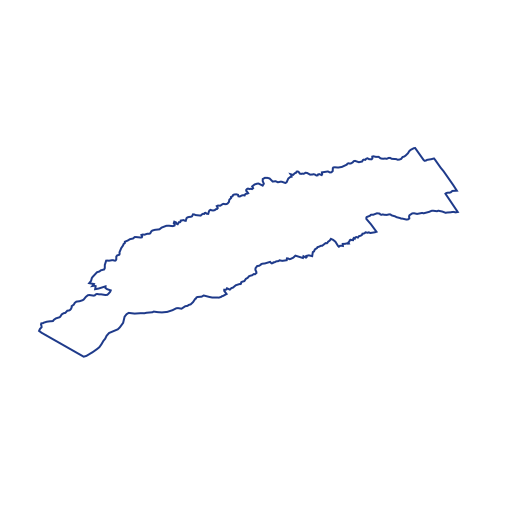 outline of Gatundu North, Central, Kenya, rotated 299°
{"feature_id": "3690345B74397299237573", "entity_name": "Gatundu North", "entity_type": "district", "adm_level": 2, "iso_a3": "KEN", "parent_name": "Kenya", "parent_adm1": "Central", "projection": "equal_earth", "projection_center": [36.831, -0.916], "detail": "fine", "context": "isolated", "style": "outline", "palette": "blue", "viewbox_px": 512, "rotation_deg": 299, "n_neighbors": 0, "source": "geoboundaries", "source_scale": "gbopen_adm2", "svg_char_len": 6151}
<svg xmlns="http://www.w3.org/2000/svg" viewBox="0 0 512 512"><g transform="rotate(299 256 256)"><path d="M179.3,127.2L174.9,128.1L172.1,129.6L170.6,129.7L168.2,127.2L166.6,126.6L164.7,124.8L158.3,123.2L157.1,123.1L154.3,123.8L151.4,123.3L152.9,127.8L151.8,127.8L150.5,127.5L151.7,129.1L151.9,130.4L149.0,131.4L151.2,134.1L156.5,139.1L155.0,139.9L154.8,141.8L155.5,145.6L154.0,145.8L151.6,145.3L150.0,144.8L148.9,143.3L147.5,139.4L146.3,137.1L145.7,135.3L144.6,134.4L143.4,134.1L142.6,133.2L141.1,129.2L140.2,128.0L137.8,127.0L134.4,126.4L133.3,125.8L131.0,123.7L129.0,121.0L127.1,120.2L125.1,120.2L122.8,119.1L121.6,119.7L119.8,119.8L118.6,119.5L117.6,118.8L116.7,117.5L113.8,116.8L112.7,115.5L110.8,114.4L107.9,114.2L107.1,113.8L104.5,111.3L102.1,110.1L100.8,110.0L100.0,109.1L99.2,107.7L97.1,104.9L94.8,102.7L94.0,102.3L93.0,100.9L91.8,101.2L90.7,102.4L89.7,103.0L87.4,102.4L85.3,102.6L84.9,105.8L84.4,154.1L86.4,156.1L93.2,160.0L97.8,162.2L100.3,163.2L103.8,163.6L108.0,163.7L110.5,164.2L113.8,164.0L117.4,164.8L124.9,170.7L127.6,171.5L133.1,172.2L139.2,170.5L142.3,171.0L144.5,172.2L146.8,177.8L150.1,182.9L151.8,186.1L153.3,187.8L156.6,192.7L157.8,193.5L159.3,197.4L161.0,201.0L164.1,205.5L168.2,209.3L171.6,211.6L172.6,213.0L173.8,216.4L177.8,218.5L179.2,220.3L180.5,220.8L182.0,222.3L185.2,223.3L188.9,223.6L189.7,224.1L190.8,224.0L191.7,224.6L194.1,228.2L196.1,229.4L197.6,235.2L198.4,237.7L201.7,243.8L203.3,245.3L204.3,245.7L204.9,246.4L208.5,248.7L210.1,245.1L211.1,244.6L211.7,245.7L212.5,246.4L213.7,246.3L213.9,249.4L216.1,250.1L217.0,251.1L220.6,252.5L223.4,255.1L224.0,256.2L224.8,256.2L225.8,255.8L226.8,256.4L228.4,258.0L231.1,258.2L232.8,259.3L234.9,259.7L236.1,260.7L237.2,261.9L239.1,262.8L239.5,263.9L241.4,264.6L242.6,263.7L243.2,262.6L243.9,262.0L245.1,261.5L247.8,261.9L248.9,263.4L250.6,264.4L251.5,264.5L252.4,265.4L253.8,267.4L257.7,271.2L257.3,272.2L257.2,273.4L258.1,274.2L258.9,274.3L259.5,275.3L261.1,276.3L262.5,278.2L263.7,278.7L264.0,280.0L264.6,281.5L267.2,284.9L268.9,284.2L269.4,285.2L269.4,286.7L270.1,287.6L272.6,289.4L275.4,290.3L277.0,298.0L278.8,297.6L278.8,300.5L279.7,300.8L280.5,300.0L282.2,301.9L283.1,305.2L287.0,303.8L288.1,304.5L290.3,304.3L292.5,305.5L293.6,305.5L294.4,306.4L296.5,307.9L297.0,308.9L301.0,310.6L301.5,311.8L302.4,312.1L303.4,312.1L305.2,313.0L307.3,313.2L307.5,315.6L307.0,318.5L304.6,322.8L304.3,324.0L305.6,324.5L306.4,325.7L306.9,327.1L308.6,326.0L309.9,328.1L310.9,329.1L311.3,330.3L311.9,331.2L312.6,330.2L314.0,330.6L315.2,330.4L316.0,330.7L316.4,332.2L316.9,333.2L318.2,332.7L319.1,332.8L319.0,334.0L320.2,333.8L321.2,334.5L321.5,336.2L323.2,336.4L324.6,337.8L326.1,338.5L327.1,338.3L327.9,339.4L328.9,340.1L329.8,340.3L330.5,342.5L331.4,343.2L331.5,344.8L334.4,348.5L335.6,349.6L339.5,341.1L341.9,334.6L342.8,334.0L343.7,333.9L346.5,336.2L347.6,336.4L348.4,337.4L348.8,338.4L352.0,341.1L353.0,343.5L352.6,344.7L352.9,345.8L353.8,346.7L354.2,348.1L355.3,350.4L357.0,352.3L357.5,353.4L357.3,355.0L358.1,358.4L358.1,360.1L359.0,363.5L359.1,364.9L359.7,366.0L360.8,369.9L361.7,371.2L363.1,371.9L365.0,370.6L366.1,370.5L369.0,372.0L370.0,373.5L370.9,376.5L374.2,380.4L374.6,381.9L378.6,386.1L380.6,387.6L381.4,388.8L382.9,392.6L384.0,393.5L385.2,397.4L385.7,400.9L386.7,402.1L388.6,405.1L389.4,406.0L390.4,407.5L390.9,409.4L392.3,411.1L402.3,391.5L403.3,391.9L404.4,393.1L405.2,394.6L406.2,395.5L408.1,396.2L410.5,400.0L413.6,394.2L421.1,378.9L422.7,374.8L427.0,365.9L427.6,364.4L425.6,362.3L423.0,359.0L421.9,358.4L421.0,357.3L421.2,356.1L427.6,342.8L426.7,341.7L423.8,339.8L422.0,339.2L419.5,339.1L416.2,338.1L414.7,337.3L413.6,336.2L411.3,335.9L409.9,334.7L408.9,333.3L408.7,331.6L406.8,327.6L406.8,325.7L406.1,324.5L404.4,323.2L403.8,321.6L402.8,320.2L402.1,318.7L401.8,317.4L402.2,315.2L400.8,312.7L400.1,310.3L399.3,309.5L397.7,310.5L396.6,310.2L395.5,308.0L395.5,306.1L394.4,305.2L393.1,305.0L392.6,303.6L391.7,303.0L390.1,303.0L387.9,300.5L387.2,296.5L386.3,295.5L384.8,295.2L383.2,294.3L382.4,293.4L381.9,291.9L381.0,291.2L379.9,291.1L375.5,287.9L373.2,285.0L371.8,281.9L370.9,280.7L370.1,280.6L367.5,281.9L366.4,281.6L365.6,281.2L364.9,280.1L364.8,277.9L361.1,273.1L359.6,274.2L358.6,274.2L358.3,271.7L357.4,270.7L356.4,270.8L355.7,269.8L355.8,268.0L355.4,266.6L354.6,265.8L353.4,263.9L353.4,260.5L352.8,258.9L351.6,258.3L350.8,257.5L350.5,256.5L349.7,255.7L349.3,254.3L350.1,252.9L350.2,251.6L349.5,250.6L348.3,250.7L347.2,249.8L344.9,249.1L344.3,246.6L343.6,247.9L342.6,248.7L341.6,247.6L339.4,246.7L335.3,247.0L334.1,246.3L333.5,242.8L333.1,241.7L331.1,239.4L330.9,236.9L329.2,234.5L330.4,230.3L329.9,228.2L328.7,225.9L326.6,224.6L324.8,225.5L323.0,227.8L320.8,227.7L320.6,223.1L319.8,221.9L317.9,220.1L315.0,218.9L313.9,220.6L312.6,220.1L312.1,218.6L311.3,217.7L311.1,216.3L310.3,215.7L309.2,215.4L308.3,215.8L307.8,217.3L307.1,218.7L306.3,218.1L305.5,217.0L304.5,216.6L303.4,216.7L303.0,215.3L302.0,214.2L300.2,213.0L299.7,211.7L300.8,210.6L300.4,208.9L299.2,207.1L298.2,206.4L296.8,206.5L295.5,205.5L294.6,206.1L292.3,205.4L290.2,206.1L288.1,205.7L287.2,205.1L286.4,204.0L285.8,202.2L285.1,201.6L282.7,200.4L281.7,198.3L280.6,197.5L279.4,199.3L278.2,199.1L277.3,198.1L276.1,197.7L275.0,196.4L274.5,195.1L274.3,193.8L273.4,193.3L272.3,193.2L269.7,193.8L269.1,192.5L269.3,190.9L268.7,190.3L267.7,190.3L267.2,189.2L266.3,188.6L264.5,188.0L262.5,183.3L262.4,181.9L261.9,180.7L259.7,180.8L258.7,180.0L257.7,178.5L256.5,177.3L255.4,176.9L252.7,177.5L252.3,176.4L252.3,175.3L250.5,173.0L249.7,173.3L248.8,173.2L248.2,172.2L245.8,172.1L245.7,170.9L246.6,169.8L246.4,167.9L244.8,168.2L244.3,169.5L243.2,170.0L242.4,169.4L241.7,168.6L240.2,165.0L238.9,162.9L235.1,159.7L232.5,158.6L229.8,154.8L228.0,153.0L226.8,152.5L224.5,152.5L223.6,151.7L222.9,150.4L222.1,149.5L220.7,148.3L219.7,146.3L218.8,145.6L218.0,146.9L217.0,147.1L216.3,146.3L214.5,142.1L213.7,140.7L211.7,140.0L209.6,137.6L207.3,136.3L204.9,134.4L203.7,135.0L202.4,134.4L200.6,134.6L197.7,134.3L193.1,134.8L191.7,135.7L190.8,135.8L189.2,134.3L187.8,134.1L185.1,135.5L183.8,135.3L183.3,134.4L183.1,133.2L182.6,132.2L180.6,129.7L180.0,128.3L179.3,127.2Z" fill="none" stroke="#1e3a8a" stroke-width="2"/></g></svg>